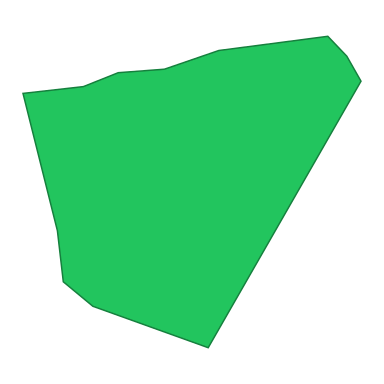 Krsko, Mercator projection
{"feature_id": "SVN-939", "entity_name": "Krsko", "entity_type": "Municipality", "adm_level": 1, "iso_a3": "SVN", "parent_name": "Slovenia", "parent_adm1": "", "projection": "mercator", "projection_center": [15.579, 46.008], "detail": "fine", "context": "isolated", "style": "filled", "palette": "green", "viewbox_px": 384, "rotation_deg": 0, "n_neighbors": 0, "source": "natural_earth", "source_scale": "10m", "svg_char_len": 275}
<svg xmlns="http://www.w3.org/2000/svg" viewBox="0 0 384 384"><path d="M208.2,347.7L92.9,306.3L63.3,281.8L57.4,230.7L23.0,93.4L83.4,86.6L118.2,72.7L164.4,69.2L218.8,50.5L327.8,36.3L346.8,56.2L361.0,81.2L208.2,347.7Z" fill="#22c55e" stroke="#15803d" stroke-width="1.5"/></svg>